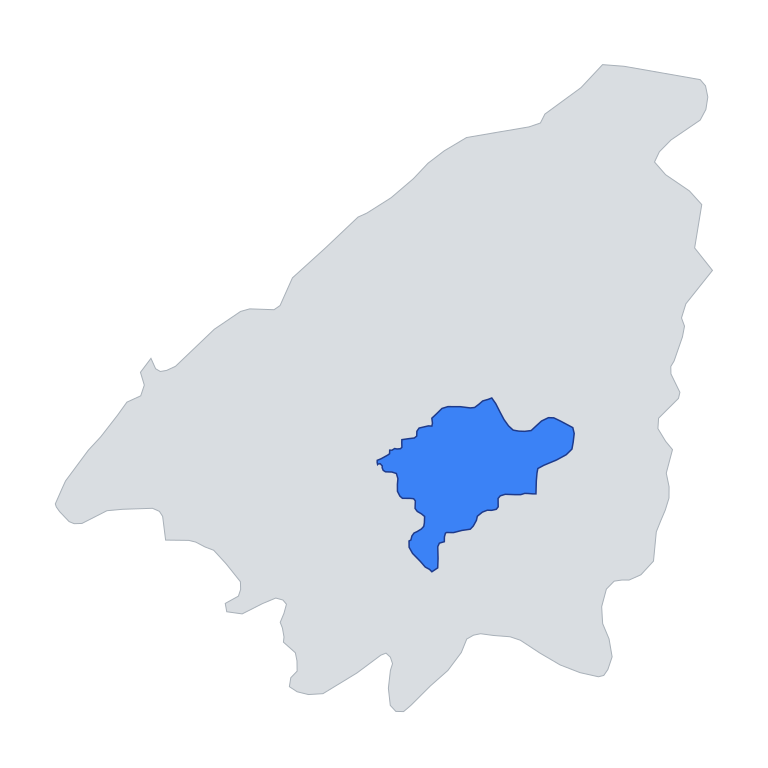 where Zenica-Doboj sits in Bosnia and Herzegovina, rotated 92°
{"feature_id": "BIH-2889", "entity_name": "Zenica-Doboj", "entity_type": "Canton", "adm_level": 1, "iso_a3": "BIH", "parent_name": "Bosnia and Herzegovina", "parent_adm1": "", "projection": "albers", "projection_center": [18.196, 44.316], "detail": "fine", "context": "in_parent", "style": "filled", "palette": "blue", "viewbox_px": 768, "rotation_deg": 92, "n_neighbors": 0, "source": "natural_earth", "source_scale": "10m", "svg_char_len": 3465}
<svg xmlns="http://www.w3.org/2000/svg" viewBox="0 0 768 768"><g transform="rotate(92 384 384)"><path d="M667.6,154.2L669.1,159.5L665.6,178.1L658.6,198.2L647.3,219.1L635.3,238.8L632.2,249.2L631.5,265.7L630.2,278.8L631.9,285.8L636.0,292.4L649.7,297.4L668.1,310.2L684.0,327.0L704.3,346.0L710.7,353.0L710.8,360.7L705.0,366.5L687.9,369.0L670.0,367.6L663.2,365.7L656.8,368.1L652.9,372.6L655.1,377.7L673.7,400.9L695.6,434.2L697.0,448.7L694.6,460.1L689.8,468.0L680.8,466.9L674.0,460.8L663.7,461.3L655.7,463.2L645.5,475.5L640.3,475.1L631.4,477.0L625.8,479.4L616.8,476.0L607.5,473.8L603.4,477.5L601.7,484.7L607.6,497.6L618.7,517.7L617.1,533.2L608.8,535.0L601.1,522.1L594.3,520.1L586.6,520.6L569.0,535.7L556.1,548.4L553.1,557.2L548.5,566.8L547.1,573.7L547.6,596.8L524.0,600.6L519.1,604.0L516.3,611.0L518.3,640.6L520.3,656.5L533.9,681.0L534.4,688.8L532.5,693.9L522.9,703.7L518.3,707.2L515.3,708.3L499.5,702.0L492.0,698.9L460.5,677.2L446.6,665.2L424.6,649.3L411.1,640.3L404.3,626.7L393.5,623.5L380.8,627.8L366.5,617.8L376.7,612.8L379.3,608.0L378.0,601.7L373.6,593.0L335.2,555.5L316.5,529.9L313.6,520.8L313.6,496.5L309.2,490.6L281.1,479.2L250.0,447.2L218.1,415.8L213.8,407.1L197.6,383.4L177.7,361.7L161.8,347.7L148.9,332.0L134.8,310.1L128.0,277.3L122.0,248.1L117.7,236.8L108.6,232.6L80.9,197.4L57.2,176.7L58.1,155.2L63.1,119.3L68.8,78.6L74.8,73.1L85.9,70.4L98.4,71.9L109.2,77.2L130.1,105.7L142.3,116.9L152.7,121.4L165.0,109.9L180.4,85.5L193.6,72.7L237.2,78.3L259.0,59.7L293.3,85.1L307.6,89.0L315.7,85.7L326.6,87.4L350.9,94.9L356.5,98.0L363.9,97.6L382.0,88.0L388.1,89.2L408.6,108.4L419.0,108.7L431.5,100.5L439.5,93.4L463.2,98.8L476.8,95.5L488.0,95.2L500.2,98.5L511.4,102.8L522.2,106.7L551.6,108.5L565.7,120.6L571.4,132.3L571.6,139.4L573.0,147.1L581.2,154.6L598.9,158.7L610.0,157.7L615.9,157.1L630.9,150.2L648.7,146.5L661.5,150.3L667.6,154.2Z" fill="#d9dde1" stroke="#a8b0b8" stroke-width="1"/><path d="M394.2,275.8L399.8,271.6L408.3,266.9L415.4,262.8L421.5,258.1L425.6,253.3L426.4,247.5L426.4,241.7L425.4,235.3L421.3,231.2L415.5,225.3L411.9,218.5L411.9,213.1L414.9,206.3L421.0,193.8L426.8,192.2L435.5,192.9L442.5,193.9L448.3,199.4L453.9,208.9L459.7,221.5L463.1,227.3L467.7,228.0L475.5,228.4L488.5,228.3L488.6,231.4L488.4,236.0L488.4,239.5L489.8,243.5L490.0,249.3L490.0,254.1L490.0,259.0L491.7,263.9L494.4,266.0L502.8,265.6L505.3,267.4L506.5,272.0L506.5,276.3L508.6,281.2L512.9,286.1L517.1,286.9L522.8,289.8L526.1,292.7L527.6,301.0L530.1,309.4L530.2,316.3L531.0,317.4L534.7,318.3L539.5,318.2L541.1,323.1L544.7,324.6L556.4,323.9L565.9,323.9L570.0,329.6L567.7,332.0L565.5,336.4L559.9,341.6L552.4,349.5L546.3,353.2L540.0,353.5L539.0,351.7L534.9,350.8L531.9,348.8L530.3,345.7L527.6,341.6L524.9,339.3L521.4,338.8L518.5,338.8L514.9,338.8L514.3,339.7L512.5,342.0L510.2,346.3L507.3,348.6L504.0,348.6L499.7,348.6L497.6,350.4L497.4,353.8L497.6,361.6L495.5,364.2L490.8,366.8L483.9,367.1L478.1,366.8L473.0,368.5L471.7,373.1L471.7,379.5L470.3,381.8L467.8,382.9L465.9,382.9L463.8,385.0L464.2,387.3L464.6,387.6L462.6,388.1L460.5,388.1L459.0,384.7L454.9,377.8L453.5,376.0L452.0,376.0L449.9,376.0L449.9,373.7L448.1,371.1L448.5,368.8L448.1,365.3L446.6,363.9L441.7,364.2L439.0,364.2L437.7,357.0L436.9,351.8L434.9,349.5L433.0,349.5L430.1,349.5L426.8,347.4L425.8,343.7L424.3,338.2L424.4,334.7L421.5,334.2L416.5,335.0L412.2,330.7L406.4,325.2L404.4,319.4L404.0,307.0L404.9,296.9L404.3,292.6L400.8,288.3L397.5,284.8L395.7,279.3L394.2,275.8Z" fill="#3b82f6" stroke="#1e3a8a" stroke-width="1.5"/></g></svg>